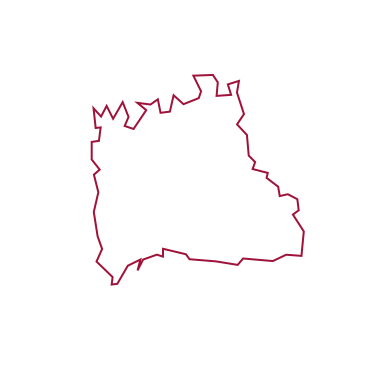 outline of Rowan, Kentucky, United States of America, rotated 119°
{"feature_id": "52423323B15346846283864", "entity_name": "Rowan", "entity_type": "district", "adm_level": 2, "iso_a3": "USA", "parent_name": "United States of America", "parent_adm1": "Kentucky", "projection": "robinson", "projection_center": [-83.44, 38.207], "detail": "fine", "context": "isolated", "style": "outline", "palette": "rose", "viewbox_px": 384, "rotation_deg": 119, "n_neighbors": 0, "source": "geoboundaries", "source_scale": "gbopen_adm2", "svg_char_len": 1013}
<svg xmlns="http://www.w3.org/2000/svg" viewBox="0 0 384 384"><g transform="rotate(119 192 192)"><path d="M182.7,307.3L179.8,303.2L192.4,298.2L196.8,304.0L212.2,295.5L217.2,283.6L224.4,286.2L237.6,273.8L257.1,268.2L276.6,253.0L285.4,243.0L299.1,241.8L304.9,220.2L311.9,217.4L308.5,212.8L287.6,212.4L276.1,204.4L287.0,201.6L274.8,202.0L263.8,192.3L262.6,186.1L255.7,189.8L249.4,167.1L252.0,161.6L241.1,137.5L233.6,116.7L225.4,115.1L213.2,87.8L201.2,79.2L194.8,65.3L172.3,75.1L162.8,92.8L156.3,89.8L147.2,96.4L147.5,107.1L153.0,113.3L145.6,119.2L143.5,133.6L138.6,135.0L142.5,150.1L135.2,151.3L132.7,160.0L115.5,171.6L111.0,185.4L98.7,184.3L83.2,200.9L72.1,204.8L80.5,212.8L88.1,204.9L96.0,217.1L83.6,222.6L79.5,230.5L89.6,247.2L99.5,232.9L106.6,231.6L119.3,242.0L116.3,255.0L132.4,250.3L138.0,257.9L127.5,266.8L135.6,270.7L140.5,283.0L142.6,271.7L165.2,273.7L166.9,282.9L157.1,283.9L147.0,296.2L166.2,296.5L158.1,308.4L170.1,308.1L166.5,318.7L182.7,307.3Z" fill="none" stroke="#9f1239" stroke-width="2"/></g></svg>